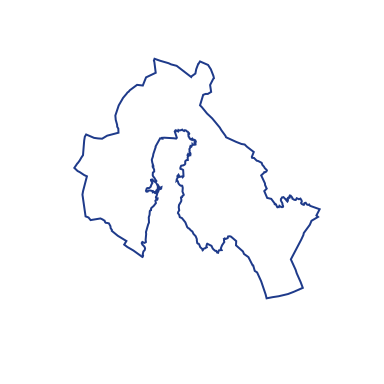 the district of Dagdas pag., Dagdas, Latvia, rotated 63°
{"feature_id": "27541924B87793076838019", "entity_name": "Dagdas pag.", "entity_type": "district", "adm_level": 2, "iso_a3": "LVA", "parent_name": "Latvia", "parent_adm1": "Dagdas", "projection": "robinson", "projection_center": [27.556, 56.097], "detail": "fine", "context": "isolated", "style": "outline", "palette": "blue", "viewbox_px": 384, "rotation_deg": 63, "n_neighbors": 0, "source": "geoboundaries", "source_scale": "gbopen_adm2", "svg_char_len": 6097}
<svg xmlns="http://www.w3.org/2000/svg" viewBox="0 0 384 384"><g transform="rotate(63 192 192)"><path d="M56.3,164.9L57.6,166.3L59.0,166.5L69.3,170.2L69.0,180.9L74.8,187.5L71.6,192.3L73.1,201.2L73.9,203.0L74.0,204.2L74.8,205.8L76.8,210.6L81.6,218.0L89.1,225.6L93.1,227.2L98.1,228.2L99.9,229.0L102.1,228.9L105.8,230.6L103.3,242.0L103.7,247.9L101.6,251.4L99.3,254.7L92.7,260.2L94.1,262.4L97.2,264.7L109.7,272.4L111.0,274.8L112.9,277.7L114.3,280.4L114.5,281.2L117.1,285.9L121.4,284.4L123.3,283.0L128.1,280.3L130.3,278.5L141.8,288.7L144.6,290.8L165.4,297.9L167.7,295.8L171.0,295.1L174.0,285.6L176.0,284.0L176.8,283.7L177.8,282.9L179.6,283.1L180.3,282.8L181.1,281.6L182.2,280.3L185.4,280.2L187.3,280.9L189.5,280.6L190.2,281.1L197.3,278.0L205.9,272.7L208.1,276.3L211.6,274.6L217.5,270.8L227.4,265.7L227.3,265.2L226.2,264.3L225.3,264.3L223.0,262.4L222.7,261.9L222.4,260.7L221.1,259.5L219.8,259.2L218.1,259.5L216.4,260.1L214.7,260.0L214.2,259.4L214.0,258.9L215.7,257.6L215.8,256.1L215.7,255.8L213.5,255.0L208.6,251.9L206.8,251.2L200.9,245.7L199.7,244.2L194.9,242.0L193.1,240.2L189.9,238.3L189.5,237.7L189.6,236.8L188.1,235.9L187.8,235.5L187.0,232.4L185.5,229.2L183.2,228.6L182.6,227.4L183.1,226.5L182.8,226.1L182.0,225.5L181.1,226.7L180.4,226.6L179.9,226.2L179.6,225.5L178.0,224.0L177.5,223.8L176.2,221.8L175.0,220.8L175.1,220.6L174.3,218.8L175.0,218.6L175.0,218.0L173.8,217.1L173.7,218.5L173.3,219.0L169.8,219.2L169.0,219.7L171.2,219.8L173.7,221.0L173.8,221.4L174.7,221.7L174.3,222.7L174.4,223.0L176.3,224.5L176.5,225.0L176.2,225.4L175.0,225.2L174.5,227.1L174.2,227.0L173.8,226.3L173.3,226.4L173.1,227.0L172.0,228.1L171.0,230.0L171.0,230.4L171.5,231.3L171.0,232.4L170.1,232.5L168.3,230.7L168.3,229.9L169.0,228.4L168.9,227.6L168.6,226.5L166.8,224.6L166.3,223.5L165.3,223.2L163.1,223.3L162.5,223.0L162.6,222.2L162.8,221.7L165.4,221.0L166.0,220.4L166.8,220.1L166.9,219.7L166.3,218.9L165.8,218.7L164.7,219.0L162.3,219.1L160.5,219.5L159.2,219.4L156.9,218.0L156.6,216.4L154.6,215.5L151.7,215.6L150.8,215.1L151.4,214.7L151.2,214.6L148.0,214.1L145.3,213.3L144.8,213.0L142.5,210.6L140.6,209.2L135.4,203.9L134.9,203.8L129.7,196.0L131.0,194.2L130.2,194.0L131.0,192.1L135.7,184.1L137.2,181.9L136.8,180.9L130.2,179.9L129.7,179.0L130.3,178.9L129.9,178.5L130.2,178.1L130.2,177.8L130.8,177.5L130.8,177.2L131.6,176.9L130.8,176.1L131.4,175.9L131.4,175.1L131.9,174.0L132.0,172.4L133.0,172.1L134.1,171.3L133.7,170.3L134.5,169.4L135.8,169.0L136.4,168.4L136.9,168.4L137.7,168.0L138.9,168.0L139.3,168.7L138.7,168.7L138.7,169.0L141.1,169.9L142.0,169.6L142.8,169.8L143.6,169.7L144.2,169.4L144.1,169.0L144.4,168.4L144.9,168.5L144.7,167.7L145.7,167.9L146.2,167.6L145.9,166.9L147.0,165.9L147.6,165.6L148.4,165.7L148.1,166.1L148.6,166.3L149.1,166.2L149.2,166.4L149.0,166.7L150.1,166.9L149.8,167.3L150.5,167.4L150.2,167.9L150.3,168.1L151.1,168.0L150.8,168.9L150.3,169.3L150.3,169.6L149.7,169.7L150.3,169.9L149.7,170.0L150.5,170.5L150.8,171.5L151.1,171.8L150.3,172.4L150.4,172.5L150.8,173.0L151.4,172.9L151.4,173.3L151.8,173.6L152.6,174.9L153.7,175.1L154.2,175.6L155.6,176.2L156.1,175.8L157.4,176.0L157.8,176.3L156.9,176.6L157.9,177.3L156.5,178.2L157.2,178.7L157.0,179.1L157.2,179.3L158.5,179.0L158.7,179.7L159.1,180.1L161.6,181.2L161.1,182.4L161.4,183.8L161.9,184.3L163.8,185.2L164.3,186.2L164.3,187.7L163.7,189.6L163.9,190.1L165.4,191.6L166.1,191.8L167.7,190.2L168.4,189.9L174.1,192.4L174.6,193.6L173.6,193.7L172.9,196.2L170.5,196.2L171.2,197.8L172.5,197.5L172.6,198.4L173.3,199.0L173.7,199.8L175.0,200.7L174.9,200.2L175.3,199.9L176.3,199.8L178.3,200.2L180.3,199.7L181.0,199.3L181.5,198.9L181.7,198.1L182.3,197.9L184.2,198.4L187.3,200.3L190.7,200.6L191.1,201.1L191.2,202.4L192.0,203.1L192.0,203.8L191.8,204.1L192.0,204.4L194.3,205.1L195.4,205.9L197.7,209.5L199.7,210.8L202.5,211.7L203.6,213.4L204.4,214.1L206.7,213.8L208.9,214.3L210.7,212.8L216.0,211.7L221.1,212.2L222.7,211.7L223.3,211.1L225.6,210.5L227.4,209.6L230.0,209.7L233.1,208.8L236.2,209.1L237.1,209.6L239.8,210.5L240.7,210.2L241.1,209.6L241.8,209.4L245.0,209.7L247.2,208.8L248.8,209.0L248.8,208.8L247.8,207.8L248.1,205.7L247.9,205.5L248.0,203.9L246.8,203.8L245.1,202.2L245.0,201.9L248.8,199.1L251.7,199.2L252.9,198.9L255.0,198.0L255.5,197.1L257.4,197.1L258.0,196.3L257.0,195.5L256.2,194.3L257.2,192.0L255.3,191.9L253.1,189.4L251.2,185.9L250.1,185.7L248.5,184.8L248.3,184.8L248.2,183.9L249.1,183.4L249.3,181.2L248.0,180.0L248.6,178.4L249.5,177.5L255.8,174.9L259.5,177.0L268.1,173.6L270.8,173.8L275.6,171.3L284.9,171.3L285.2,170.8L290.8,171.9L293.2,170.5L302.9,170.9L316.7,172.9L320.6,173.8L322.3,167.9L324.2,162.2L326.5,152.8L327.1,147.0L327.7,136.8L321.6,136.1L312.0,135.6L308.5,135.0L296.9,134.5L284.1,116.4L280.9,112.3L279.3,111.0L274.7,101.9L271.9,98.6L271.4,91.0L269.4,91.8L265.3,86.1L258.0,93.0L256.3,93.3L256.4,94.1L255.6,95.1L254.8,95.4L253.2,95.6L253.0,96.4L253.1,97.2L254.2,98.0L254.1,98.4L253.0,99.3L252.2,99.7L251.3,99.8L250.5,98.6L249.3,98.2L247.1,98.4L247.0,100.0L245.1,101.5L246.2,103.2L245.4,104.4L243.5,105.6L242.5,105.2L240.0,105.8L239.5,106.4L239.7,106.7L240.6,106.8L241.3,107.6L240.8,107.8L240.6,108.2L240.8,109.2L243.3,110.5L243.8,111.3L242.1,111.8L240.8,111.6L240.5,112.1L238.1,112.8L237.7,114.3L238.2,114.9L238.7,116.0L240.0,116.7L243.1,116.6L244.5,117.2L245.2,117.1L246.1,117.3L246.5,117.6L246.4,118.7L245.1,119.9L244.0,120.4L244.9,121.5L244.5,122.1L244.5,122.7L244.3,122.9L241.4,122.9L240.9,123.4L240.8,123.0L239.5,123.6L234.1,124.5L231.4,127.7L224.0,127.2L222.9,123.9L218.9,123.7L217.5,123.1L208.6,122.8L207.4,118.5L207.2,118.4L207.6,117.8L207.5,116.5L206.8,115.5L206.1,115.5L203.9,116.3L202.0,116.4L199.8,117.0L197.6,116.7L194.4,119.0L193.5,120.1L189.8,121.3L188.9,122.9L187.9,122.8L184.4,118.8L176.6,122.5L173.6,123.5L171.7,126.1L167.4,129.9L158.7,136.8L157.1,136.7L150.2,137.8L147.1,138.0L135.5,140.6L128.8,143.0L120.9,144.7L118.4,145.5L110.5,137.9L110.8,135.3L111.8,133.4L111.5,129.5L104.9,127.3L100.9,121.8L100.6,120.8L98.2,120.2L91.2,119.5L86.1,120.0L79.3,125.6L80.8,128.1L80.7,128.3L84.5,132.5L88.0,135.2L88.7,139.8L89.2,140.5L72.6,148.4L68.8,152.7L66.6,154.4L60.6,160.8L56.3,164.9Z" fill="none" stroke="#1e3a8a" stroke-width="2"/></g></svg>